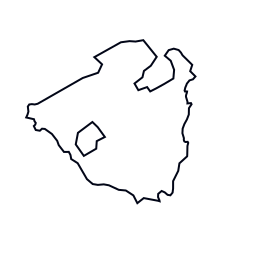 the County of Zala, rotated 243°
{"feature_id": "HUN-3159", "entity_name": "Zala", "entity_type": "County", "adm_level": 1, "iso_a3": "HUN", "parent_name": "Hungary", "parent_adm1": "", "projection": "robinson", "projection_center": [16.808, 46.674], "detail": "fine", "context": "isolated", "style": "outline", "palette": "ink", "viewbox_px": 256, "rotation_deg": 243, "n_neighbors": 0, "source": "natural_earth", "source_scale": "10m", "svg_char_len": 1581}
<svg xmlns="http://www.w3.org/2000/svg" viewBox="0 0 256 256"><g transform="rotate(243 128 128)"><path d="M87.4,174.9L85.0,172.8L77.0,168.5L75.9,167.8L73.2,157.8L67.0,153.3L60.2,144.1L53.6,140.7L50.2,138.4L49.5,136.8L48.8,135.2L50.5,132.9L54.0,131.5L55.1,130.6L56.6,129.4L55.6,125.0L52.8,123.4L49.4,123.2L48.4,122.9L49.4,121.9L58.4,110.2L56.8,102.2L65.5,102.2L73.3,97.7L77.1,91.7L85.6,85.0L88.8,80.8L91.0,75.3L94.1,71.1L101.1,68.2L119.5,67.2L126.1,63.3L130.1,64.5L133.6,64.4L135.7,60.1L144.2,58.5L148.7,59.1L157.2,57.5L164.9,53.5L166.4,51.1L165.6,48.2L168.1,44.9L172.5,45.0L173.1,46.9L174.4,48.1L176.4,47.8L178.5,48.2L183.6,42.1L185.6,44.6L187.8,46.7L192.6,48.5L193.8,50.7L192.9,53.2L191.3,55.6L190.6,58.5L193.1,110.4L190.8,126.5L196.5,133.8L206.4,130.2L207.6,160.6L204.7,168.8L201.6,174.0L199.3,181.5L178.4,185.9L173.1,176.6L171.6,168.1L166.6,163.9L164.7,154.0L157.0,154.4L155.8,163.6L150.5,164.4L150.5,171.2L150.8,180.1L151.5,190.9L158.9,195.5L168.5,196.6L175.7,193.6L178.9,199.6L177.9,204.8L174.5,208.5L171.2,209.4L168.0,209.6L155.1,213.9L150.4,209.2L143.3,211.5L141.9,208.0L142.5,204.4L140.8,200.6L139.6,199.3L138.0,197.4L135.6,195.4L134.6,195.4L134.2,196.4L133.7,197.2L132.5,196.3L131.7,195.4L130.9,194.7L130.1,194.1L129.3,193.8L124.3,192.9L122.9,192.1L121.6,195.4L120.3,195.4L118.0,191.3L112.4,188.3L108.9,184.4L105.9,180.0L102.6,176.4L98.6,174.1L93.6,173.2L92.0,172.3L90.5,172.1L89.4,172.9L88.6,174.9L87.4,174.9ZM130.5,103.3L142.5,101.4L149.5,99.0L146.4,81.2L137.1,74.0L123.2,76.0L124.0,90.3L130.5,94.2L130.5,103.3Z" fill="none" stroke="#020617" stroke-width="2"/></g></svg>